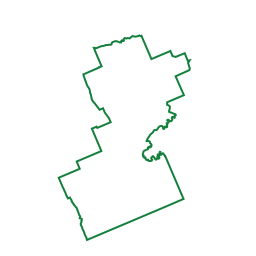 Loxton Waikerie, South Australia, Australia, rotated 67°
{"feature_id": "25037944B91781040485830", "entity_name": "Loxton Waikerie", "entity_type": "district", "adm_level": 2, "iso_a3": "AUS", "parent_name": "Australia", "parent_adm1": "South Australia", "projection": "robinson", "projection_center": [140.079, -34.476], "detail": "fine", "context": "isolated", "style": "outline", "palette": "green", "viewbox_px": 256, "rotation_deg": 67, "n_neighbors": 0, "source": "geoboundaries", "source_scale": "gbopen_adm2", "svg_char_len": 5663}
<svg xmlns="http://www.w3.org/2000/svg" viewBox="0 0 256 256"><g transform="rotate(67 128 128)"><path d="M215.0,104.6L179.0,104.7L168.5,104.7L168.5,104.9L168.4,105.1L168.0,105.0L167.7,105.0L166.1,105.4L165.4,105.4L165.1,105.5L164.9,105.7L164.8,106.1L164.9,106.5L165.6,107.6L165.6,107.9L165.5,108.1L165.3,108.3L165.0,108.3L164.2,108.2L163.6,108.0L162.8,107.5L162.5,107.7L162.4,108.1L162.6,108.3L163.3,108.5L163.8,108.8L164.0,109.1L164.1,109.4L164.3,109.6L164.7,109.8L165.4,109.6L165.6,109.8L165.7,110.0L164.3,110.4L164.1,110.4L164.0,110.6L164.1,110.8L164.2,111.1L164.5,111.2L165.1,110.9L165.3,110.9L165.7,111.3L165.8,111.6L165.8,112.1L165.9,112.3L166.2,112.4L166.4,112.2L166.8,111.0L167.1,110.7L167.6,110.7L168.0,111.0L168.1,111.3L168.2,111.6L168.2,112.0L167.5,112.8L167.5,113.1L167.5,113.5L167.6,113.8L168.1,114.2L168.1,114.3L167.8,114.9L167.4,115.1L165.7,115.3L165.0,115.5L164.4,115.6L163.9,115.8L163.8,116.0L163.7,116.2L163.8,116.6L164.2,117.0L164.3,117.2L164.2,117.8L164.3,118.0L164.8,118.4L165.6,118.5L166.1,118.4L166.6,118.1L167.0,118.5L167.3,118.9L167.4,119.1L167.2,119.4L167.0,120.7L166.6,121.4L166.4,121.6L165.9,121.8L165.3,121.8L165.0,121.9L164.8,122.2L164.9,122.5L165.1,123.0L164.2,123.7L163.8,123.8L163.0,123.8L162.6,123.7L162.2,123.5L161.8,123.6L161.6,123.7L161.6,123.9L161.8,124.5L160.8,125.0L160.5,125.0L160.2,125.0L159.9,124.8L159.5,124.3L159.2,124.4L159.1,124.5L159.2,125.0L158.2,124.8L157.8,124.6L157.4,124.3L156.7,123.6L155.7,122.9L155.5,122.6L155.4,122.3L155.3,121.7L155.2,119.9L155.3,118.4L155.3,118.0L155.1,117.7L154.8,117.5L153.9,117.4L153.7,117.2L153.5,116.8L153.6,116.5L153.8,116.3L154.3,116.0L154.4,115.8L154.4,115.5L154.3,115.3L153.7,115.1L153.5,114.9L153.5,114.6L154.1,114.5L154.2,114.4L154.3,114.2L154.2,113.8L153.4,113.3L152.9,113.0L152.5,112.9L152.0,112.9L151.7,113.0L150.7,113.5L150.4,113.5L149.3,113.3L149.1,113.3L148.6,113.6L148.1,114.0L147.8,114.6L147.6,115.5L147.4,115.9L147.2,116.0L145.2,113.8L144.1,111.9L142.9,110.2L142.6,109.5L142.3,108.8L141.9,107.1L141.7,106.7L141.3,106.3L140.7,105.5L140.4,105.0L140.3,104.6L140.3,104.2L140.9,103.1L141.0,102.9L140.9,102.2L140.7,101.5L140.0,100.7L139.5,99.8L138.9,98.5L138.8,98.1L138.9,97.4L139.2,96.5L139.5,96.0L140.1,95.5L140.6,95.4L140.8,95.4L141.7,95.8L142.2,95.9L142.4,95.9L142.8,95.5L142.8,95.3L142.8,95.0L142.5,94.5L142.0,94.1L141.4,93.9L141.2,93.5L141.2,93.3L141.3,93.1L141.9,92.9L142.1,92.6L142.3,92.3L142.4,91.8L142.0,91.4L141.7,91.2L140.8,91.3L140.6,91.2L140.4,90.7L140.1,90.4L139.8,90.3L139.6,90.3L139.0,90.6L138.8,90.5L138.7,90.4L138.9,90.0L139.0,89.5L138.9,89.1L138.4,88.3L138.3,88.1L137.7,88.1L137.4,88.2L136.8,88.8L136.6,88.9L136.4,88.9L136.1,88.8L136.0,88.7L136.0,88.1L136.2,87.7L136.3,87.6L137.9,86.7L138.3,86.3L138.5,85.8L138.5,85.3L138.4,85.0L138.1,84.6L137.5,83.8L137.3,83.8L135.9,83.8L135.7,83.6L135.4,83.4L135.2,83.1L135.2,82.8L135.4,82.2L135.5,82.0L136.0,81.7L136.5,81.6L136.8,81.3L136.8,81.1L136.6,80.9L136.4,80.7L135.5,80.5L135.0,80.3L134.8,79.8L134.8,79.2L134.7,78.9L134.4,78.9L134.1,78.9L133.9,79.0L132.0,81.0L131.1,81.7L130.7,82.3L130.1,82.8L129.6,83.7L129.4,83.8L128.5,83.6L128.0,83.3L126.5,82.0L125.8,81.6L124.6,81.1L124.2,81.2L123.3,81.7L122.7,82.1L122.0,82.9L121.8,82.8L119.6,81.9L119.6,63.7L99.0,64.0L98.7,49.0L97.6,47.9L91.5,47.3L89.8,44.8L89.4,46.7L81.3,46.6L81.2,56.4L81.1,56.5L79.2,58.9L73.7,58.9L73.7,79.5L48.4,79.6L48.5,80.3L48.4,80.6L48.2,80.9L47.6,81.1L47.3,81.3L47.2,83.7L47.0,84.6L46.8,85.4L45.8,87.2L45.1,87.9L45.4,88.9L45.6,89.9L46.0,90.7L46.1,91.1L46.1,91.5L45.9,91.9L45.3,92.7L45.0,93.2L45.0,93.5L45.0,94.4L44.9,94.8L44.6,95.2L44.1,95.5L43.9,95.8L44.1,96.5L44.7,97.3L45.1,97.5L46.0,97.7L46.1,98.3L46.0,98.7L45.7,99.1L45.0,99.3L45.2,100.0L45.5,100.5L46.0,100.8L46.6,100.9L46.6,101.0L46.1,101.7L45.8,102.4L44.5,103.6L43.7,104.7L43.4,105.1L43.1,105.7L43.0,106.5L43.1,107.5L42.9,108.4L43.0,109.0L43.4,109.7L43.7,109.9L44.5,110.4L44.6,110.5L44.7,110.8L44.2,112.4L43.9,113.2L43.5,114.9L43.0,115.9L43.1,116.6L42.9,117.6L42.8,119.0L42.3,120.4L42.2,120.9L42.3,123.1L42.1,124.3L42.2,125.5L41.9,126.5L41.2,127.3L41.0,127.9L40.9,128.1L43.3,128.1L43.6,128.2L60.9,128.2L60.9,130.6L60.8,130.8L61.0,130.9L61.1,131.1L60.9,131.9L61.1,132.2L61.1,133.3L61.2,148.1L62.3,148.4L63.6,148.4L66.4,148.7L68.9,148.7L71.7,149.0L72.1,148.9L73.8,148.9L74.9,148.6L76.5,148.4L77.1,148.3L78.3,148.5L79.0,148.6L79.9,148.8L80.3,149.1L81.0,149.2L82.0,149.2L82.4,149.1L82.8,149.1L83.1,149.2L85.1,149.6L85.7,149.8L85.9,149.8L86.2,149.9L87.5,150.0L87.8,150.2L91.1,149.5L91.5,149.2L100.1,147.0L100.1,143.3L104.9,143.3L111.6,141.7L115.9,141.7L115.9,156.3L115.5,156.4L114.9,156.3L114.5,156.4L114.5,161.5L138.8,161.5L138.8,188.3L146.7,188.4L146.7,211.2L157.4,211.2L158.5,211.0L159.3,211.1L160.2,210.9L160.8,211.1L163.6,210.9L163.9,210.9L164.8,211.1L165.9,211.0L167.7,211.0L168.4,210.8L169.3,210.8L169.3,208.7L169.9,208.7L172.3,208.2L172.7,208.3L173.1,208.5L173.5,208.5L173.8,208.3L173.9,208.2L174.3,208.4L174.6,208.4L175.4,208.2L175.6,208.0L176.1,208.0L176.5,208.0L177.2,207.7L178.1,207.7L178.5,207.5L178.7,207.3L180.4,207.0L180.9,206.6L181.1,206.7L181.7,206.5L182.8,206.6L183.1,206.5L184.0,206.5L184.3,206.7L184.5,206.7L186.4,206.7L187.1,206.8L188.7,206.8L188.8,206.9L190.6,206.5L192.2,207.7L193.4,206.2L193.6,206.3L194.0,206.4L194.5,206.3L195.0,206.7L195.0,206.8L195.3,207.3L195.6,207.2L195.9,207.4L196.1,207.4L196.8,208.0L197.2,208.4L197.4,208.8L197.6,208.9L198.3,209.0L198.6,209.3L199.0,209.4L199.4,209.3L200.6,209.1L200.9,209.0L201.4,209.0L202.4,209.1L202.9,209.3L203.4,209.4L203.9,209.3L204.6,209.3L205.6,209.1L207.0,209.2L207.6,209.1L208.4,209.4L209.2,209.4L213.0,209.1L214.0,209.4L215.0,209.5L215.1,122.3L215.0,104.6Z" fill="none" stroke="#15803d" stroke-width="2"/></g></svg>